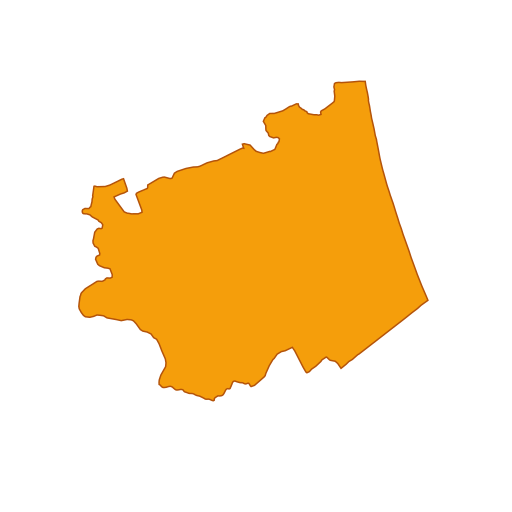 Taxisco, Santa Rosa, Guatemala, rotated 241°
{"feature_id": "79465075B64159565485617", "entity_name": "Taxisco", "entity_type": "district", "adm_level": 2, "iso_a3": "GTM", "parent_name": "Guatemala", "parent_adm1": "Santa Rosa", "projection": "orthographic", "projection_center": [-90.543, 14.04], "detail": "fine", "context": "isolated", "style": "filled", "palette": "amber", "viewbox_px": 512, "rotation_deg": 241, "n_neighbors": 0, "source": "geoboundaries", "source_scale": "gbopen_adm2", "svg_char_len": 5409}
<svg xmlns="http://www.w3.org/2000/svg" viewBox="0 0 512 512"><g transform="rotate(241 256 256)"><path d="M116.5,275.9L117.6,282.2L118.7,286.1L118.8,290.1L120.4,297.3L120.3,298.1L120.7,300.9L129.2,355.6L130.8,364.9L131.8,371.9L132.9,376.5L133.9,384.9L138.4,385.4L149.5,386.5L154.8,387.2L161.7,388.1L167.3,389.0L174.2,390.1L179.4,390.9L186.5,392.3L198.0,394.2L203.6,395.1L209.4,396.3L215.2,397.2L220.3,398.3L224.9,399.2L227.4,399.7L232.0,400.7L235.9,401.5L238.4,401.9L241.8,402.5L243.8,402.8L248.0,403.7L252.9,404.6L255.3,405.1L266.9,407.9L269.2,408.4L272.6,409.3L278.0,410.8L281.5,411.8L289.5,414.5L295.0,416.3L297.8,417.2L299.7,417.9L303.5,418.7L310.0,420.9L315.5,422.5L320.5,423.9L322.9,424.8L326.9,426.1L332.4,428.1L335.2,428.9L336.4,429.3L337.5,429.7L338.6,430.4L340.4,431.1L344.8,432.6L348.0,433.5L351.9,434.7L355.8,436.2L356.7,434.5L358.7,431.2L361.4,425.0L366.2,414.8L367.7,412.6L368.8,409.9L368.8,408.3L366.1,406.1L363.3,405.3L362.3,404.3L357.6,402.4L354.2,400.1L353.2,399.3L352.7,396.9L351.3,387.6L351.3,383.4L350.6,382.3L348.3,381.5L348.8,379.0L350.1,377.6L351.4,375.2L355.1,370.7L356.5,370.2L357.6,370.4L359.6,368.9L360.8,368.7L361.7,367.6L362.9,367.3L365.1,366.2L367.2,366.2L368.5,366.7L369.5,365.1L369.9,359.3L370.3,358.8L370.4,357.4L370.1,353.2L370.0,349.8L371.8,341.2L374.0,337.1L373.6,333.8L372.5,331.7L372.6,330.8L370.2,327.7L365.4,327.8L362.1,326.1L360.8,325.6L357.6,326.3L355.2,325.6L353.8,326.0L350.8,328.6L349.9,331.4L348.8,332.8L347.1,333.3L344.8,331.5L344.7,330.6L343.7,329.6L343.5,328.4L340.9,325.2L340.1,324.1L340.4,319.2L340.8,318.8L342.2,312.3L344.6,309.6L347.7,306.7L348.5,306.7L349.1,306.2L355.9,304.6L359.3,300.8L359.9,300.2L360.2,299.2L360.4,298.3L356.2,297.5L356.9,296.6L357.2,293.9L358.3,268.3L359.6,265.2L361.2,258.4L361.7,250.5L362.3,248.1L364.2,244.3L366.5,237.2L368.2,228.1L368.0,224.8L367.5,224.1L364.8,220.4L364.9,219.6L365.1,219.0L365.4,218.5L365.8,217.9L366.8,216.9L369.4,214.2L370.1,212.7L371.0,208.6L370.6,195.8L369.7,195.2L368.8,194.7L368.2,194.3L367.8,193.7L368.8,184.4L368.8,181.9L368.0,180.9L351.6,178.4L349.5,177.5L350.0,173.4L353.3,167.4L354.7,165.8L355.3,165.0L355.7,164.3L358.5,162.1L374.2,160.1L376.5,160.5L375.9,167.5L375.1,171.4L375.1,175.0L377.9,175.9L387.8,177.6L388.2,175.9L388.9,162.5L389.9,157.7L390.2,157.2L393.6,150.6L395.3,148.9L395.5,148.1L387.8,142.3L386.9,142.1L385.2,140.3L383.8,139.4L382.8,138.7L380.8,136.8L379.2,135.4L379.1,134.3L378.5,133.1L378.7,132.5L380.5,129.4L380.5,126.9L380.0,126.2L379.3,125.7L378.3,125.3L377.2,125.3L376.7,125.6L376.2,126.3L375.5,127.3L374.9,128.4L372.5,130.7L370.7,131.3L369.6,131.7L364.1,135.3L362.6,135.4L360.0,136.9L357.6,137.1L355.0,135.0L355.0,133.8L356.4,132.0L356.6,130.2L355.0,126.5L349.8,122.2L348.4,120.8L346.3,119.8L342.7,119.7L342.1,120.1L341.4,120.7L339.2,121.7L333.9,120.6L332.7,119.7L333.0,116.9L332.5,115.5L330.9,114.1L325.5,113.6L323.4,114.4L319.3,117.6L317.2,120.5L315.6,122.1L309.3,121.2L307.2,119.9L307.3,117.8L309.1,115.0L309.0,113.2L308.3,112.2L308.4,109.2L310.3,106.2L310.9,104.6L310.1,90.9L308.4,85.5L308.1,85.0L307.5,84.2L306.9,83.8L305.8,82.4L300.6,78.5L297.8,76.6L295.5,75.8L291.3,75.8L287.7,76.3L285.6,77.3L283.0,80.9L281.9,84.7L281.5,88.3L279.8,90.8L277.6,93.7L274.1,95.7L267.9,103.3L264.8,106.8L263.0,112.5L261.5,114.7L260.6,116.0L258.7,117.4L254.7,118.4L247.7,119.2L245.2,120.6L242.3,123.9L238.7,126.4L234.2,126.9L231.4,128.7L226.3,128.7L220.4,127.9L219.3,127.7L209.9,126.8L206.2,125.5L203.0,123.3L198.0,115.1L195.8,112.7L194.8,111.6L193.8,110.8L192.4,109.9L190.6,109.0L190.1,109.4L188.9,109.8L188.2,109.9L187.5,110.1L186.8,110.4L186.1,110.9L185.4,112.1L185.1,112.9L184.8,113.6L184.5,114.9L184.3,115.9L184.1,116.6L183.7,117.6L183.3,118.3L182.8,118.6L182.3,119.1L181.5,119.5L180.8,119.7L180.0,120.0L179.2,120.3L178.7,120.5L177.8,121.0L177.3,121.6L176.8,122.6L176.6,123.1L176.4,123.7L176.2,124.3L175.9,125.2L175.7,125.7L175.1,126.5L174.5,127.1L173.9,127.3L173.0,127.4L172.3,127.5L171.6,127.9L171.1,128.4L170.7,128.8L170.1,129.3L169.7,129.7L169.0,130.2L168.2,131.0L167.6,131.9L167.3,132.5L166.7,133.4L166.1,134.2L165.3,134.8L164.3,135.4L163.3,136.1L162.7,136.6L161.8,137.6L161.2,138.3L160.5,139.0L159.6,139.6L158.5,140.4L157.6,141.0L156.4,141.8L155.7,142.1L155.2,142.6L154.7,143.4L154.4,143.9L154.1,144.7L153.6,145.4L153.1,145.9L152.7,146.3L152.1,146.7L151.6,147.1L150.8,147.7L150.1,148.5L150.1,149.5L150.9,150.1L151.5,150.5L151.9,151.5L152.0,152.6L152.1,153.9L152.1,155.0L151.7,155.6L151.3,156.2L151.0,156.9L150.6,158.0L150.5,158.5L150.5,159.5L150.8,160.4L151.1,160.9L151.6,161.8L152.3,162.8L153.0,163.8L153.4,164.4L153.8,165.2L153.9,166.2L153.7,167.0L153.2,167.6L152.8,168.0L152.7,169.0L153.0,169.5L153.6,170.2L153.9,170.6L154.2,171.1L154.6,171.5L155.5,172.7L156.2,173.4L156.7,174.1L157.2,175.1L157.2,176.1L156.8,177.0L155.5,178.1L154.7,178.9L153.9,179.7L153.2,180.4L152.8,180.9L152.5,181.4L152.2,181.9L151.8,182.6L151.1,183.2L150.3,183.7L149.8,184.1L149.2,184.8L149.0,185.3L148.8,186.4L148.7,187.2L148.3,187.8L147.3,188.1L146.1,188.1L145.2,188.1L144.2,188.4L143.6,192.0L146.3,204.6L146.9,206.0L148.5,207.6L153.7,214.5L157.2,220.5L157.6,222.2L159.9,226.9L160.1,231.8L159.0,235.6L158.5,243.5L154.3,243.9L136.0,243.3L130.3,243.4L129.2,243.9L129.0,246.6L130.1,249.8L130.6,254.9L132.3,261.6L133.2,263.3L133.6,268.4L133.0,268.9L132.4,269.1L131.0,269.5L129.4,270.0L128.6,270.6L125.6,274.2L123.8,274.9L122.2,275.4L116.5,275.9Z" fill="#f59e0b" stroke="#b45309" stroke-width="1.5"/></g></svg>